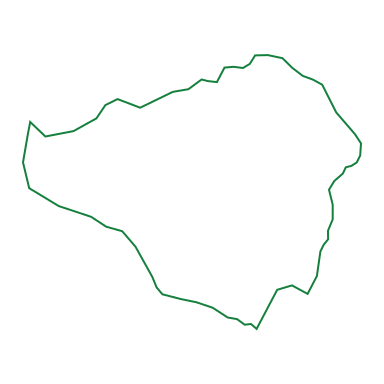 SVG path tracing the border of Kibale
{"feature_id": "UGA-3108", "entity_name": "Kibale", "entity_type": "District", "adm_level": 1, "iso_a3": "UGA", "parent_name": "Uganda", "parent_adm1": "", "projection": "equal_earth", "projection_center": [31.133, 0.921], "detail": "fine", "context": "isolated", "style": "outline", "palette": "green", "viewbox_px": 384, "rotation_deg": 0, "n_neighbors": 0, "source": "natural_earth", "source_scale": "10m", "svg_char_len": 857}
<svg xmlns="http://www.w3.org/2000/svg" viewBox="0 0 384 384"><path d="M332.7,219.4L328.0,230.7L328.1,239.3L323.8,244.6L320.4,251.4L316.9,276.0L307.6,293.9L292.0,285.4L277.2,289.8L256.6,328.9L251.0,324.0L244.7,324.7L237.0,319.1L227.7,317.5L212.6,307.7L196.2,302.2L181.0,299.1L162.4,294.3L156.6,287.4L152.4,277.1L135.5,246.7L122.2,231.2L106.2,226.7L91.1,216.8L58.8,206.1L29.2,188.2L23.0,162.4L28.0,133.4L30.2,122.0L45.4,136.5L73.5,131.1L96.4,118.4L105.4,105.1L117.5,99.1L140.2,107.7L172.7,91.9L188.4,89.2L201.6,79.5L208.0,81.1L216.9,82.1L224.5,67.6L233.6,66.8L243.0,68.0L249.8,63.9L255.1,55.4L267.9,55.1L282.5,58.2L292.3,67.9L302.8,75.9L312.9,79.6L322.2,84.7L336.2,112.4L354.9,134.1L361.0,143.4L360.2,155.5L356.7,162.5L351.3,165.9L345.8,167.3L342.9,173.5L334.3,181.0L329.0,189.7L332.7,204.6L332.7,219.4Z" fill="none" stroke="#15803d" stroke-width="2"/></svg>